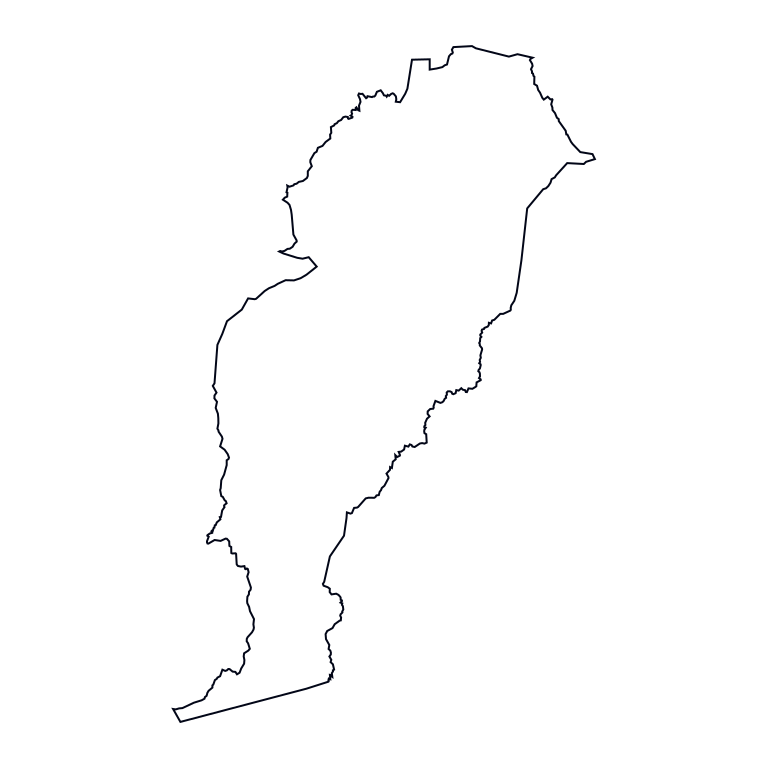 Tlacoapa, Guerrero, Mexico
{"feature_id": "50627088B33975592508393", "entity_name": "Tlacoapa", "entity_type": "district", "adm_level": 2, "iso_a3": "MEX", "parent_name": "Mexico", "parent_adm1": "Guerrero", "projection": "natural_earth1", "projection_center": [-98.789, 17.209], "detail": "fine", "context": "isolated", "style": "outline", "palette": "ink", "viewbox_px": 768, "rotation_deg": 0, "n_neighbors": 0, "source": "geoboundaries", "source_scale": "gbopen_adm2", "svg_char_len": 6061}
<svg xmlns="http://www.w3.org/2000/svg" viewBox="0 0 768 768"><path d="M412.0,59.7L407.4,88.7L405.2,93.8L400.1,102.2L395.8,101.7L396.3,99.2L395.9,96.4L393.7,93.8L392.7,93.3L391.2,93.9L389.1,95.8L387.7,94.9L386.7,96.6L386.2,95.8L383.9,95.3L382.9,93.2L380.7,90.3L376.9,91.8L375.3,95.6L374.3,96.5L373.1,96.5L372.0,97.1L367.5,96.2L367.0,97.6L366.1,98.2L362.5,93.8L360.8,94.0L359.0,93.5L358.2,95.2L360.0,99.1L360.5,101.9L359.0,105.6L359.4,110.7L358.2,110.2L356.4,107.3L355.7,107.9L355.7,110.0L352.6,109.8L351.7,110.7L351.5,112.3L352.1,113.5L351.5,115.2L350.7,115.6L352.5,116.9L352.3,117.6L348.7,118.9L348.0,118.5L347.8,117.0L345.4,116.6L343.3,117.2L341.1,120.0L338.4,121.2L336.8,123.2L334.6,124.2L334.2,125.4L330.9,127.1L331.3,132.8L330.1,134.6L330.3,138.5L325.6,142.0L322.5,145.9L317.9,147.8L316.6,151.7L314.4,153.1L310.4,160.0L310.3,162.2L311.8,166.2L307.8,171.3L307.8,175.9L306.9,178.0L302.9,181.0L298.8,181.9L296.6,183.7L294.3,184.2L293.5,185.4L289.5,186.7L287.3,185.6L287.6,187.3L286.5,192.3L287.4,192.7L287.2,196.6L284.7,197.7L282.9,199.7L287.5,202.7L289.5,204.9L291.0,209.9L291.7,214.7L293.4,234.6L296.6,240.4L296.7,241.6L294.5,243.6L292.6,246.8L289.8,248.7L287.5,248.9L284.5,250.9L282.0,251.5L280.2,251.0L279.2,251.5L283.4,253.5L297.2,257.8L302.6,258.7L308.7,257.2L316.7,266.6L306.5,274.7L300.6,278.2L294.0,280.4L285.6,280.2L277.8,283.8L274.6,285.9L269.0,288.2L264.7,291.0L256.1,298.8L254.7,299.2L248.1,298.4L241.8,309.6L227.0,321.2L222.3,333.9L217.4,344.9L214.5,383.3L212.8,385.9L216.5,392.6L214.5,395.5L214.4,398.4L217.0,401.8L215.7,407.9L217.9,413.7L218.3,418.1L218.4,423.4L217.4,428.7L218.4,430.3L218.6,431.7L221.9,436.6L222.5,438.8L220.1,446.4L224.6,449.7L227.7,454.1L229.0,457.6L228.5,459.0L226.7,460.3L226.7,465.1L224.1,474.6L221.3,480.2L220.7,488.2L220.1,490.0L221.3,496.1L222.8,496.9L224.7,500.3L225.9,501.2L226.6,503.3L224.4,505.0L224.0,505.9L224.5,507.1L222.2,510.4L221.0,516.9L219.8,517.1L220.4,519.3L216.8,522.4L215.7,525.1L214.8,525.3L214.4,527.6L213.7,527.8L212.7,531.1L212.1,530.6L211.4,531.3L212.0,532.9L209.8,533.5L207.5,535.1L207.3,535.7L208.7,536.7L207.0,541.2L207.0,542.4L207.5,543.5L208.4,543.6L214.6,540.0L220.6,540.9L225.6,538.6L226.9,538.8L229.2,541.4L229.4,545.9L231.2,547.0L231.3,553.0L232.2,553.5L235.6,553.3L236.1,553.9L236.7,564.3L237.2,565.1L238.0,566.0L241.0,566.6L244.4,566.1L245.1,568.9L245.8,569.2L246.9,568.5L247.8,569.0L248.6,572.2L247.2,576.6L250.9,587.5L250.6,589.7L249.0,591.7L248.9,594.4L247.4,596.7L247.1,601.1L247.3,603.2L249.1,606.9L250.0,611.2L254.0,619.1L253.4,624.3L253.9,627.7L253.5,629.6L252.0,632.3L247.6,637.2L246.8,638.8L246.7,641.3L248.1,643.3L249.8,648.8L248.3,650.6L244.1,653.3L243.7,656.4L244.4,660.0L244.1,663.7L241.2,668.5L239.6,672.7L237.0,674.3L235.4,671.9L232.6,671.6L229.6,669.1L228.3,669.0L226.8,670.4L225.2,670.9L222.4,669.7L220.1,676.2L217.4,677.6L216.8,678.8L214.9,680.1L213.3,684.6L212.4,685.4L212.4,687.6L208.6,690.8L207.4,692.8L206.6,695.8L204.9,697.1L204.5,698.7L201.6,700.3L193.9,702.7L182.4,708.1L179.1,708.4L175.7,709.4L173.1,709.0L180.4,721.9L306.4,688.7L328.4,681.7L328.8,680.9L328.4,680.3L328.8,678.6L330.3,679.2L329.9,674.9L330.7,675.1L331.0,676.0L332.3,676.9L331.8,673.2L333.0,671.4L332.9,670.3L334.1,669.6L332.9,664.3L330.6,662.1L331.3,659.8L329.4,656.5L330.8,654.5L330.9,652.6L330.3,650.6L328.6,649.0L329.3,645.0L326.0,639.1L325.6,634.1L327.2,631.0L332.5,628.1L334.7,624.2L339.7,620.6L340.8,620.4L341.1,617.5L340.2,615.7L340.6,614.3L342.4,612.5L342.2,611.6L343.3,609.5L342.9,606.2L341.9,604.8L342.3,603.4L340.5,602.6L342.0,601.0L341.9,600.4L340.7,599.8L340.6,597.5L340.2,596.8L338.5,594.9L336.2,593.7L331.5,594.4L329.7,592.1L329.8,588.7L327.7,587.2L323.6,585.7L322.9,583.9L324.2,581.8L329.9,556.4L344.0,535.7L346.5,518.1L346.9,512.4L350.5,513.6L351.9,513.1L354.1,507.9L357.0,507.6L358.1,507.0L365.7,498.4L368.6,497.7L374.2,497.8L375.4,497.1L376.5,495.4L378.8,495.1L379.7,491.7L381.0,490.2L381.8,488.0L384.4,485.8L388.5,478.1L388.4,477.0L386.5,473.6L390.0,469.8L390.1,467.1L391.9,468.0L392.8,461.7L395.7,459.3L395.3,455.1L397.2,457.0L399.8,455.7L400.0,455.1L398.7,451.9L401.2,451.6L404.1,449.5L404.9,445.7L408.4,446.6L409.8,444.4L411.5,445.0L412.4,446.5L414.7,447.0L419.9,443.5L422.1,443.1L424.5,443.6L426.7,442.6L426.2,434.2L424.5,433.2L424.2,431.6L424.3,430.0L425.7,427.7L424.3,427.4L424.3,426.3L425.4,425.0L425.2,422.8L427.0,418.7L429.6,416.4L427.6,413.9L427.7,411.4L430.2,409.0L433.2,408.7L433.7,407.7L433.5,406.2L435.4,400.9L440.4,402.9L442.4,402.2L443.7,400.9L444.7,398.8L446.1,397.8L445.8,396.1L446.9,394.7L446.7,392.5L447.9,391.3L449.9,391.3L451.6,392.1L452.2,393.7L453.3,394.2L455.6,393.2L456.3,390.1L458.7,390.6L461.3,388.2L462.8,389.7L465.1,390.2L465.8,392.0L466.9,392.1L468.5,388.4L472.4,388.8L475.2,387.1L476.3,386.3L476.6,382.4L480.7,380.2L480.7,379.4L479.0,378.1L480.0,376.4L479.9,373.6L479.5,372.3L478.3,371.2L478.7,369.8L479.9,368.5L480.7,365.2L480.6,364.3L479.2,363.2L480.1,361.9L479.7,360.0L480.8,357.8L480.4,355.3L482.1,349.6L482.0,348.3L479.8,345.5L479.8,344.0L479.2,343.0L480.0,341.5L480.2,338.1L481.4,336.9L480.3,335.6L480.3,334.5L482.2,332.6L481.6,330.9L482.0,329.6L484.1,328.9L484.4,327.9L487.7,326.6L488.8,325.0L488.9,322.8L491.1,323.4L492.1,320.5L494.3,319.8L500.2,313.9L503.1,313.9L510.3,310.6L510.8,309.8L510.7,307.9L511.3,305.3L514.3,300.8L516.7,292.8L521.4,260.4L527.2,208.4L543.2,189.2L546.0,188.3L548.3,186.1L550.5,182.7L551.6,179.1L554.8,177.4L556.1,175.3L567.2,163.1L583.8,164.0L586.1,161.8L594.9,159.1L592.5,154.1L580.3,152.1L572.7,144.1L571.0,141.8L567.4,134.6L566.3,134.4L565.7,130.8L558.8,121.1L558.7,119.1L556.9,117.7L555.0,113.1L552.5,110.0L552.4,107.6L551.2,104.3L552.5,99.7L552.2,99.2L550.4,99.4L547.7,96.7L543.8,99.6L542.3,97.8L540.0,92.6L538.2,90.0L537.0,85.7L534.2,84.0L534.4,76.7L533.5,75.9L533.0,73.6L532.0,73.0L532.0,71.3L531.0,69.2L532.6,66.0L532.1,63.7L529.9,60.1L530.5,58.9L532.6,57.7L517.5,54.2L508.9,56.6L475.9,48.3L472.0,46.1L453.4,47.1L451.9,49.7L452.8,52.5L452.4,53.5L450.8,54.2L449.0,56.3L447.0,64.5L444.7,65.3L442.4,67.1L436.6,68.5L429.7,69.6L429.7,59.3L412.0,59.7Z" fill="none" stroke="#020617" stroke-width="2"/></svg>